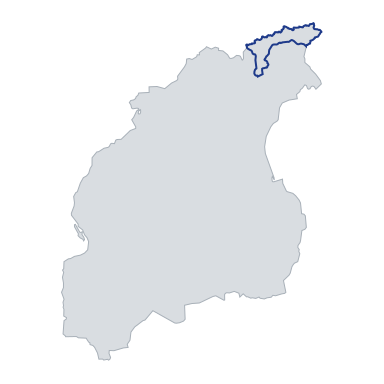 where West Azarbaijan sits in Iran, rotated 89°
{"feature_id": "IRN-3237", "entity_name": "West Azarbaijan", "entity_type": "Province", "adm_level": 1, "iso_a3": "IRN", "parent_name": "Iran", "parent_adm1": "", "projection": "orthographic", "projection_center": [44.982, 37.874], "detail": "fine", "context": "in_parent", "style": "outline", "palette": "blue", "viewbox_px": 384, "rotation_deg": 89, "n_neighbors": 0, "source": "natural_earth", "source_scale": "10m", "svg_char_len": 7960}
<svg xmlns="http://www.w3.org/2000/svg" viewBox="0 0 384 384"><g transform="rotate(89 192 192)"><path d="M180.7,101.3L185.0,101.1L192.7,97.6L193.3,96.9L195.1,91.2L197.6,88.4L202.0,85.0L204.9,83.7L215.6,82.8L216.1,80.5L217.8,79.1L229.4,78.3L231.3,79.8L232.4,82.8L242.4,84.3L244.5,84.9L247.2,86.9L249.2,87.2L251.5,85.8L253.1,86.3L255.6,85.3L263.5,87.5L265.0,90.9L266.6,92.2L268.5,93.4L274.8,95.2L276.8,96.4L282.1,102.1L294.0,99.9L295.0,101.2L295.4,103.9L297.2,110.3L296.7,112.9L298.6,114.7L299.1,118.8L300.2,121.6L299.4,125.8L298.2,126.8L299.5,130.1L298.8,133.7L299.2,135.0L297.7,138.2L297.8,139.3L294.7,142.6L297.9,146.0L294.0,146.9L292.1,151.5L293.6,156.4L293.3,159.0L293.9,160.4L295.1,161.2L300.5,161.2L300.8,161.9L296.2,170.0L296.8,172.8L303.1,186.6L303.5,194.0L305.1,201.4L319.1,201.1L320.9,202.7L322.5,206.7L322.9,209.8L322.7,211.5L310.0,233.2L319.2,241.2L319.8,243.3L325.9,251.6L331.0,255.5L339.1,256.6L343.1,259.4L346.3,258.6L346.7,263.3L349.3,272.8L349.0,277.5L351.9,277.8L356.0,276.3L357.6,276.9L358.7,278.3L357.8,279.4L358.5,283.2L357.5,284.2L357.5,288.0L351.3,289.3L345.6,292.1L343.7,293.8L342.8,296.6L340.8,296.8L340.3,297.9L336.3,300.4L335.8,308.1L334.5,310.1L334.5,320.9L333.6,321.2L331.7,323.4L318.4,322.2L316.8,319.9L315.4,319.7L313.8,322.4L307.1,322.1L304.9,322.9L303.5,322.4L300.0,322.9L297.0,321.8L290.0,324.2L285.4,322.2L280.7,322.1L275.0,323.0L270.1,321.7L267.8,322.8L266.5,321.6L259.4,321.2L256.7,316.8L256.4,314.5L254.3,310.6L253.2,304.7L251.2,300.5L248.0,297.3L239.8,296.2L235.8,297.8L232.9,300.2L228.0,302.0L224.4,306.4L222.1,306.4L213.2,312.9L211.2,313.0L203.9,310.1L200.7,309.7L194.4,310.4L190.7,308.3L189.7,306.6L181.2,303.5L175.8,300.4L174.1,297.2L171.7,295.0L166.6,293.4L163.7,291.5L156.0,291.3L150.3,286.5L150.1,284.7L146.7,279.2L145.9,275.1L145.1,274.0L142.4,272.5L141.9,271.4L142.3,268.7L138.8,267.3L138.2,266.0L138.1,261.9L129.4,252.6L127.5,247.2L125.9,247.1L118.7,251.0L116.5,249.1L110.0,245.9L109.0,244.6L110.6,243.9L112.2,244.5L113.2,243.7L112.8,242.5L111.1,241.9L108.9,242.0L109.6,243.1L107.5,244.2L107.2,245.6L107.8,249.7L107.0,250.9L103.6,251.7L101.5,253.1L99.5,251.7L98.9,248.7L97.6,246.8L95.8,246.2L94.4,244.4L92.1,243.5L91.7,233.1L86.1,233.1L85.9,225.2L88.2,217.4L82.7,210.5L80.2,205.2L78.8,204.2L76.0,204.4L66.7,197.3L63.4,195.5L59.0,195.0L58.5,192.4L59.5,189.6L57.4,185.9L56.7,184.9L54.9,184.4L55.0,182.1L52.7,182.3L48.3,175.9L47.0,175.0L49.4,170.2L47.6,166.2L48.7,162.9L50.9,163.0L51.5,158.6L55.4,154.0L58.9,152.0L59.2,150.6L58.5,148.1L56.2,145.1L56.5,142.5L57.2,141.2L60.8,139.7L61.0,139.1L59.3,138.2L53.0,138.3L49.5,135.2L46.3,134.5L44.3,127.7L43.8,126.9L42.3,126.6L41.3,125.4L40.8,120.9L38.6,118.9L36.7,112.2L36.6,110.6L37.2,109.1L33.7,106.2L33.3,101.8L34.0,100.8L30.0,97.6L28.3,97.4L28.1,96.8L30.8,90.0L31.9,88.4L29.5,87.3L29.5,83.9L28.9,81.1L29.2,78.4L27.6,76.4L27.2,75.2L27.8,72.2L26.3,70.8L25.5,67.6L31.1,66.8L32.1,61.9L34.1,59.9L37.7,62.3L42.6,70.1L45.6,72.4L47.9,75.0L58.6,77.7L60.8,76.8L64.5,76.9L69.0,71.9L71.1,71.3L76.3,66.3L82.8,61.7L86.2,60.8L91.4,66.3L88.6,68.2L88.2,69.6L88.6,70.9L90.9,72.3L91.2,73.9L90.5,74.7L87.6,75.7L86.8,77.3L90.1,79.8L91.7,81.9L93.5,82.4L96.3,85.8L100.6,85.1L101.8,93.4L104.6,100.2L109.3,103.0L121.3,104.6L122.7,105.8L124.9,109.5L128.1,112.0L137.7,116.8L148.0,118.6L154.8,118.0L179.2,109.7L181.5,109.5L177.9,111.4L179.4,111.9L182.5,111.6L183.2,111.0L183.2,109.9L180.7,101.3ZM237.4,301.9L236.0,304.5L233.7,306.7L231.8,306.3L224.7,310.1L222.7,310.1L222.3,309.2L230.2,304.9L230.5,304.0L229.9,302.3L232.6,302.8L235.3,301.0L237.7,300.3L239.0,301.2L237.4,301.9Z" fill="#d9dde1" stroke="#a8b0b8" stroke-width="1"/><path d="M34.2,59.8L34.4,60.0L34.8,60.6L35.0,60.9L36.0,61.3L36.3,61.6L37.5,62.5L37.8,62.6L38.1,62.7L38.5,62.8L38.4,62.8L38.7,63.1L38.9,63.6L39.4,65.5L39.5,65.9L39.9,66.2L39.7,66.4L39.8,66.5L40.2,66.8L40.3,66.8L40.5,66.9L40.6,67.0L41.2,67.5L41.3,67.6L41.5,67.9L41.7,68.1L41.8,68.2L41.9,68.4L42.2,69.0L42.3,69.2L42.4,69.4L42.5,69.6L42.7,70.6L42.8,70.9L43.2,70.8L44.8,71.3L45.0,71.2L45.3,71.3L45.2,71.5L45.4,71.7L45.6,71.8L45.8,71.9L45.9,72.1L45.8,72.4L45.9,72.6L46.0,72.7L46.2,72.8L46.3,73.0L46.5,73.5L46.7,73.8L47.1,74.0L47.1,74.3L47.1,74.5L47.0,74.9L47.2,75.1L47.6,75.3L47.9,75.5L48.1,75.5L46.3,77.4L46.0,78.3L45.5,80.4L45.7,81.5L46.1,82.6L46.1,83.5L45.6,84.6L42.9,87.4L42.0,88.9L41.8,89.7L42.1,90.4L43.0,91.7L43.2,92.0L43.4,92.3L43.5,92.4L43.6,92.8L43.6,93.0L43.5,93.9L44.0,99.2L44.4,99.6L44.4,99.8L44.6,101.1L44.4,101.3L44.2,101.4L44.2,101.6L44.3,101.9L44.5,102.3L44.6,102.7L45.7,103.9L46.0,104.9L45.9,107.3L46.1,108.4L46.7,109.3L51.3,112.3L53.4,112.6L55.1,112.7L57.3,114.6L57.6,115.2L59.6,116.3L60.3,116.9L61.0,117.2L61.5,116.9L61.7,116.4L61.8,116.3L62.0,115.7L62.5,115.0L63.5,114.4L64.2,114.2L64.6,114.3L65.0,113.8L65.7,113.4L66.4,113.5L67.0,114.0L67.6,114.4L68.4,114.6L68.9,115.0L69.0,115.4L68.8,115.7L69.4,117.5L69.5,118.8L70.0,119.7L71.6,119.8L75.4,119.3L77.7,124.2L77.3,124.3L76.8,124.6L76.8,125.0L76.9,125.4L76.8,125.7L76.6,126.2L75.9,127.0L74.7,127.6L72.9,127.5L71.2,127.0L70.6,126.6L70.3,126.3L70.0,126.1L69.8,125.8L69.7,125.5L69.5,125.4L61.2,126.3L57.2,125.8L55.8,126.3L55.4,126.8L55.4,127.8L54.7,128.9L52.1,129.8L51.6,130.3L51.4,130.7L51.1,131.0L50.8,132.0L50.0,133.0L49.7,133.7L49.1,134.3L48.5,134.6L48.2,134.5L47.7,134.5L47.2,134.8L46.9,134.9L46.6,135.1L46.2,135.2L45.9,135.2L45.6,134.9L45.5,134.6L45.6,134.1L45.8,133.7L46.0,133.4L46.1,133.0L45.8,132.6L45.3,132.0L45.3,131.6L45.3,130.6L45.2,130.3L45.0,130.0L44.7,129.8L44.6,129.6L45.0,129.3L44.7,128.9L44.6,128.6L44.5,127.7L44.5,127.3L44.3,126.8L44.0,126.4L43.6,126.4L42.7,126.7L42.2,126.8L41.8,126.6L41.6,126.4L41.6,126.2L41.5,125.7L41.3,125.5L41.2,125.4L41.1,125.2L40.9,124.7L40.6,124.5L40.3,124.2L40.4,123.9L40.6,123.7L40.7,123.3L40.9,122.6L41.2,121.9L41.2,121.5L41.0,121.1L40.6,120.4L40.4,120.0L40.1,119.9L39.9,119.9L39.7,119.8L39.6,119.7L39.4,119.5L39.2,119.4L38.5,119.3L38.1,119.3L37.8,119.0L37.7,118.7L37.8,118.2L38.4,117.5L38.6,117.2L38.7,116.7L38.6,116.2L38.5,115.9L38.4,115.6L38.5,115.0L38.6,114.8L38.7,114.6L38.6,114.4L38.2,114.2L37.9,114.0L37.5,114.1L37.3,114.0L37.2,113.9L37.2,113.6L37.0,113.4L36.9,113.4L36.7,113.2L36.5,112.8L36.5,112.7L36.8,112.1L36.9,111.7L36.8,111.4L36.6,111.0L36.6,110.6L36.7,110.3L36.9,110.1L37.1,110.0L37.3,109.7L37.3,109.1L37.0,108.7L36.1,108.1L35.9,107.8L35.8,107.5L35.7,107.3L35.1,107.4L34.7,106.7L33.9,106.5L33.7,106.3L33.6,106.0L33.8,105.4L33.8,105.1L33.7,104.7L33.7,104.2L33.8,103.7L34.0,103.3L33.9,103.0L33.5,102.7L33.2,102.3L33.3,101.7L34.0,101.1L34.1,100.8L34.1,100.7L33.5,100.0L33.1,99.6L32.7,99.4L32.3,99.5L32.1,99.6L31.8,99.7L31.6,99.6L31.5,99.4L31.6,99.0L31.6,98.9L31.4,98.8L31.2,98.8L30.9,98.6L30.8,98.3L30.8,98.1L30.7,97.9L30.0,97.5L29.8,97.4L28.8,97.6L28.2,97.5L27.9,97.0L28.0,96.9L28.2,96.6L28.3,96.4L28.3,96.1L28.2,95.9L28.3,95.6L28.4,95.4L28.5,95.1L28.6,94.8L29.0,94.4L29.2,94.1L29.3,93.7L29.4,93.4L29.7,93.3L30.0,93.1L29.9,92.6L30.1,92.3L30.3,92.2L30.5,92.1L30.6,91.8L30.7,91.4L30.7,91.0L30.7,90.1L31.1,89.6L31.7,89.1L32.0,88.6L32.0,88.3L31.9,88.0L31.7,87.7L31.3,87.4L31.1,87.5L30.5,87.8L29.8,87.6L29.5,87.5L29.4,87.4L29.3,87.2L29.4,86.9L29.4,86.7L29.4,86.2L29.6,85.2L29.6,84.8L29.5,83.8L29.5,83.0L29.5,82.6L29.4,82.3L29.3,82.2L29.2,82.1L28.9,82.0L28.7,81.9L28.8,81.8L28.9,81.6L29.0,81.5L28.9,81.1L28.8,80.9L28.8,80.7L28.9,80.3L29.3,78.8L29.2,78.2L28.4,77.8L28.2,77.6L28.0,77.3L27.8,76.8L27.7,76.7L27.7,76.4L27.7,76.2L27.4,76.0L27.4,75.8L27.3,75.5L27.2,75.4L27.2,75.2L27.4,74.9L27.6,74.7L27.8,74.4L27.6,73.6L27.7,73.3L28.0,72.7L27.9,72.2L27.3,71.8L26.6,71.4L26.3,71.1L26.2,71.0L26.3,70.6L26.3,70.4L26.2,70.0L26.1,69.9L26.1,69.7L26.1,69.4L26.0,69.0L25.9,68.6L25.8,68.4L25.4,67.9L25.3,67.7L25.5,67.4L25.8,67.2L26.0,67.2L26.3,67.1L26.6,67.2L27.0,67.2L27.8,66.9L28.2,67.0L29.2,67.5L29.6,67.6L30.0,67.5L30.8,67.1L31.1,66.9L31.3,66.5L31.3,66.2L31.3,65.8L31.4,65.3L31.5,65.1L31.5,64.9L31.5,64.6L31.4,64.3L31.5,64.0L31.5,63.7L32.1,62.7L32.2,62.4L32.2,62.2L32.1,61.5L32.2,61.3L33.8,59.9L34.2,59.8Z" fill="none" stroke="#1e3a8a" stroke-width="2"/></g></svg>